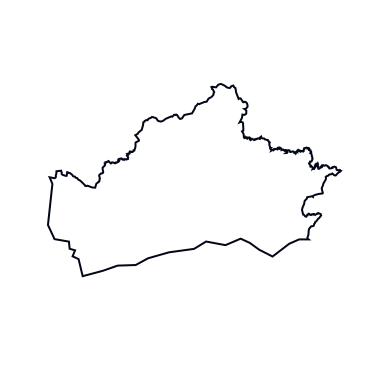 Ahafo Ano South East, Ashanti, Ghana, rotated 248°
{"feature_id": "2480657B91945870955547", "entity_name": "Ahafo Ano South East", "entity_type": "district", "adm_level": 2, "iso_a3": "GHA", "parent_name": "Ghana", "parent_adm1": "Ashanti", "projection": "mercator", "projection_center": [-1.89, 6.904], "detail": "fine", "context": "isolated", "style": "outline", "palette": "ink", "viewbox_px": 384, "rotation_deg": 248, "n_neighbors": 0, "source": "geoboundaries", "source_scale": "gbopen_adm2", "svg_char_len": 6114}
<svg xmlns="http://www.w3.org/2000/svg" viewBox="0 0 384 384"><g transform="rotate(248 192 192)"><path d="M154.9,59.1L152.4,79.3L151.6,95.5L145.4,112.4L147.0,126.4L144.7,148.0L138.5,172.6L140.8,186.5L130.2,203.1L130.5,219.6L123.2,226.5L113.3,232.7L102.0,242.5L107.6,262.8L107.9,273.7L104.4,282.3L105.5,281.7L106.4,281.9L108.7,283.9L112.4,285.7L114.0,286.8L115.5,289.6L115.0,291.8L115.5,292.6L116.5,293.2L117.1,294.3L117.9,294.8L118.4,296.5L120.0,299.0L120.1,299.9L121.9,303.0L123.2,303.1L125.1,301.2L124.8,300.5L125.2,300.3L124.6,298.0L125.1,296.9L125.8,297.0L126.0,296.6L125.7,296.5L125.7,296.0L126.2,295.7L126.1,294.9L126.5,294.3L126.1,293.8L126.4,293.1L128.1,292.3L128.2,291.9L127.6,291.6L127.7,290.4L127.0,290.2L126.8,288.9L126.4,288.6L127.0,287.8L129.1,287.2L129.5,286.6L134.2,287.3L136.1,288.6L138.7,291.3L141.6,293.2L142.8,296.0L144.0,296.8L143.1,301.6L142.3,302.2L143.0,302.4L143.2,305.0L142.7,308.9L141.8,312.2L142.0,312.9L146.8,313.6L148.7,315.5L150.8,317.2L153.4,320.6L154.4,321.3L155.8,321.6L156.3,322.8L156.1,323.5L156.2,324.6L156.7,325.3L156.7,326.4L156.3,327.5L156.6,329.0L154.2,330.2L153.5,331.4L155.0,334.6L155.4,337.2L155.8,337.9L156.1,337.4L156.8,337.4L156.8,336.7L157.3,336.6L157.3,335.7L158.3,334.4L160.9,334.8L162.1,333.7L162.4,331.7L162.3,331.2L161.7,331.2L162.0,328.9L162.5,328.1L163.7,328.3L164.5,327.5L165.3,327.5L166.7,326.2L166.7,324.9L167.0,324.2L167.7,323.8L168.0,322.8L167.2,322.4L167.6,321.8L167.4,321.5L166.9,321.8L166.4,321.6L166.4,320.9L166.9,320.5L165.9,318.9L166.2,317.9L168.3,317.9L168.6,318.6L169.3,318.2L170.6,319.3L171.4,319.3L171.0,318.8L171.7,318.1L171.4,316.9L169.6,316.4L169.6,316.1L170.2,316.2L170.3,315.9L169.7,315.8L169.5,315.4L168.7,315.3L167.6,313.8L167.8,313.2L168.1,313.6L168.8,313.4L168.5,312.6L169.1,313.0L170.2,312.8L170.5,312.5L171.3,312.4L171.0,311.6L171.1,311.3L171.4,311.3L171.8,311.9L174.3,311.2L174.8,311.3L174.8,311.9L175.8,312.7L175.4,313.1L175.8,313.4L175.9,314.7L177.8,316.3L178.3,316.1L179.4,316.7L180.2,316.5L182.0,317.0L182.8,316.9L183.6,316.3L183.8,316.7L183.3,317.0L183.8,317.3L184.5,317.0L184.9,317.5L185.4,317.2L186.9,317.7L186.5,317.3L186.6,316.9L188.0,317.0L187.8,316.4L188.4,316.6L188.7,316.0L188.9,316.5L189.2,316.4L189.4,316.1L189.1,315.5L190.3,314.8L190.5,312.4L189.8,312.2L189.8,311.7L188.2,311.0L188.0,310.5L188.7,310.5L188.6,309.5L189.2,308.6L188.7,308.1L188.7,307.7L190.2,307.3L189.9,306.6L191.1,306.2L190.7,305.6L191.0,305.3L190.5,304.5L189.8,304.4L190.4,303.9L190.1,303.1L189.3,303.0L188.9,302.6L189.4,302.5L189.4,301.9L190.0,301.5L190.1,301.8L190.8,301.7L191.8,301.0L192.2,298.3L192.6,297.9L193.7,298.0L193.8,297.8L194.5,297.5L194.9,296.0L194.4,295.4L193.2,295.5L192.6,294.5L192.9,293.7L193.0,294.1L193.9,294.4L194.0,294.8L194.8,295.0L194.8,295.3L195.6,295.0L196.0,294.3L195.6,293.6L195.9,293.4L195.7,293.1L197.1,292.5L197.3,290.7L198.4,291.2L198.8,291.1L199.3,290.8L199.1,289.3L199.3,289.0L199.9,289.1L200.0,289.7L200.5,289.8L200.8,288.3L199.2,287.9L199.6,287.8L199.5,287.0L200.4,286.6L200.7,285.2L200.3,283.4L201.1,283.6L200.7,281.2L201.1,281.6L202.2,280.9L203.1,281.2L203.3,281.6L203.6,280.9L204.8,281.3L206.2,281.3L207.8,281.7L208.8,282.7L209.5,282.1L210.2,282.2L211.4,281.5L211.8,281.7L213.5,279.3L214.5,279.0L215.2,277.6L215.9,276.8L217.5,276.9L216.9,275.0L216.7,275.3L215.8,274.8L216.9,273.4L217.1,272.5L216.8,271.9L217.2,271.3L217.0,270.9L217.2,270.4L216.8,270.3L216.9,269.1L217.4,269.1L218.2,268.1L218.4,267.2L218.7,267.2L218.3,266.1L218.7,266.1L219.0,265.3L219.6,265.5L219.8,266.3L221.1,265.7L221.3,264.6L220.7,263.2L221.3,262.7L222.3,263.0L222.4,261.1L223.5,261.6L223.6,260.7L226.8,261.6L229.5,261.1L229.7,262.5L230.1,262.8L236.4,265.0L237.5,265.1L238.7,263.8L238.7,262.2L242.0,266.1L244.9,267.8L243.9,269.4L244.0,271.0L244.5,271.7L246.9,272.8L248.5,272.4L249.3,271.8L249.0,273.2L250.2,275.4L251.7,276.0L253.5,276.2L254.9,275.7L255.9,274.8L255.9,273.3L256.2,273.0L260.4,272.2L261.0,271.6L260.8,270.1L267.7,270.2L272.1,271.2L273.4,270.3L275.2,270.2L275.4,268.3L274.3,266.3L274.4,265.7L275.5,264.0L276.2,263.3L278.3,262.2L281.1,259.6L281.6,258.6L281.5,256.3L280.0,253.5L281.9,250.4L282.0,249.3L280.7,249.5L280.0,249.2L279.1,249.8L276.3,250.0L275.7,249.1L274.1,248.3L273.7,247.6L272.8,245.7L272.4,242.4L270.2,239.3L270.8,237.4L270.8,231.5L271.6,230.5L270.4,228.5L270.1,227.3L268.2,225.7L264.9,221.5L266.3,213.7L264.0,210.3L264.2,208.3L265.7,207.6L269.0,207.0L269.7,206.3L269.5,205.7L270.3,204.5L269.2,201.9L269.8,201.2L269.8,199.0L269.7,195.1L268.8,191.6L269.1,189.1L270.9,187.0L272.9,186.7L274.1,186.2L276.6,183.1L276.2,181.7L276.2,179.2L275.2,177.6L275.8,176.7L275.6,174.7L275.0,174.3L274.9,173.0L272.4,171.7L268.5,168.7L267.2,164.6L266.3,163.6L265.9,160.7L260.9,162.2L259.9,162.2L259.4,161.9L259.0,158.2L254.9,156.4L252.1,154.1L252.6,153.4L251.7,152.7L251.4,151.6L251.9,150.4L252.2,150.6L252.9,149.6L252.4,149.0L251.6,149.1L250.9,148.2L251.6,147.2L251.5,146.3L251.1,146.3L251.3,146.0L250.0,146.0L250.0,145.6L249.8,145.7L249.5,145.4L248.1,145.8L247.5,145.2L246.6,145.0L246.7,143.4L247.2,143.0L247.2,142.1L247.8,141.6L247.4,141.0L247.8,140.8L247.8,140.2L248.2,140.2L248.8,139.3L249.4,139.3L249.7,138.8L249.5,138.3L250.1,136.7L249.8,136.0L249.4,136.1L248.9,135.5L248.2,136.2L247.7,135.5L247.4,133.4L247.7,133.1L247.5,132.7L248.0,132.0L247.5,131.4L249.2,129.5L249.5,128.2L249.1,128.3L248.9,127.5L250.5,126.6L251.7,126.4L252.1,126.0L251.6,125.0L252.0,123.1L251.5,123.1L251.1,122.7L251.2,122.1L250.9,122.2L250.0,121.4L249.6,121.5L249.1,120.9L248.1,118.3L246.3,117.6L243.9,117.2L243.2,116.8L242.9,115.6L243.3,114.8L242.6,112.6L241.9,112.0L239.2,111.7L237.9,110.7L237.1,110.5L236.5,109.9L236.5,109.0L236.1,108.8L235.7,106.8L235.3,106.2L232.3,103.9L233.6,101.1L237.0,97.5L237.1,96.2L237.6,95.3L238.4,95.3L244.3,92.7L246.3,91.1L247.9,90.8L248.9,89.4L250.0,89.3L251.1,87.7L253.2,87.2L255.4,85.8L256.0,84.6L256.4,84.6L257.1,83.7L254.0,81.9L254.1,81.2L256.4,78.4L257.6,77.9L258.8,78.5L260.8,78.6L262.0,74.1L259.5,72.9L258.4,71.9L257.1,71.5L256.6,71.1L256.2,69.8L259.0,65.5L251.8,65.6L215.4,46.1L199.8,46.9L192.1,59.3L185.2,57.3L181.7,61.7L177.1,57.2L172.3,61.7L154.9,59.1Z" fill="none" stroke="#020617" stroke-width="2"/></g></svg>